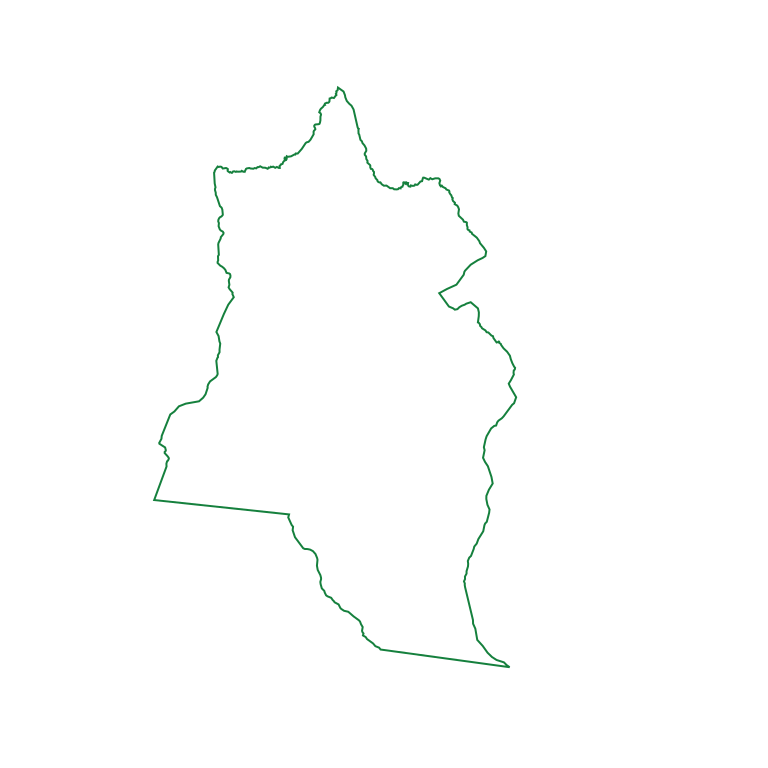 the district of Tilcara, Jujuy, Argentina, rotated 212°
{"feature_id": "61730980B79181726487815", "entity_name": "Tilcara", "entity_type": "district", "adm_level": 2, "iso_a3": "ARG", "parent_name": "Argentina", "parent_adm1": "Jujuy", "projection": "mercator", "projection_center": [-65.303, -23.584], "detail": "fine", "context": "isolated", "style": "outline", "palette": "green", "viewbox_px": 768, "rotation_deg": 212, "n_neighbors": 0, "source": "geoboundaries", "source_scale": "gbopen_adm2", "svg_char_len": 6166}
<svg xmlns="http://www.w3.org/2000/svg" viewBox="0 0 768 768"><g transform="rotate(212 384 384)"><path d="M428.1,580.0L430.2,581.1L430.6,582.0L431.3,582.5L434.2,582.0L435.5,582.6L438.5,582.3L440.2,582.9L440.6,582.6L440.6,581.8L441.9,582.2L443.5,583.7L444.1,586.3L445.7,587.3L446.9,587.2L449.6,585.5L451.6,583.2L453.8,583.1L454.2,581.2L454.5,581.0L459.1,580.3L460.1,579.8L460.1,579.1L459.2,576.2L460.4,575.0L461.1,570.9L461.6,570.3L463.3,569.8L463.3,568.4L464.5,567.3L466.5,566.6L466.2,565.4L467.4,564.8L468.3,564.9L469.7,566.0L470.1,567.2L470.9,566.8L471.8,566.8L471.4,565.2L471.9,565.2L473.0,566.0L474.2,565.5L474.4,565.1L473.2,563.2L473.2,561.9L472.9,561.2L474.0,559.5L473.6,558.7L475.2,557.9L475.3,556.7L476.3,555.8L478.6,554.5L480.3,554.7L482.6,553.3L487.0,553.6L489.2,552.1L491.8,552.2L493.9,553.1L494.6,552.5L495.9,552.3L497.1,552.7L497.7,553.4L500.1,554.0L501.1,554.9L503.6,555.9L504.2,557.5L505.0,558.6L506.2,558.9L507.2,559.8L508.1,560.0L509.2,559.5L510.6,560.6L511.2,561.8L511.9,562.3L515.4,562.9L516.2,564.5L518.2,565.4L519.8,567.5L521.8,568.2L522.5,569.3L522.6,572.4L523.9,574.2L527.0,576.0L529.9,576.9L531.3,578.1L533.4,578.6L537.2,582.4L538.3,582.9L540.4,586.0L540.6,587.0L541.4,587.0L542.5,587.8L555.3,600.7L559.1,602.8L561.8,603.2L565.5,604.3L568.7,606.6L570.1,608.2L573.3,610.6L580.1,611.0L579.0,608.4L579.6,606.9L578.6,605.8L578.6,604.5L577.5,603.9L577.8,602.6L578.0,600.0L580.3,599.1L580.5,598.3L581.4,597.3L580.0,594.7L580.0,593.7L580.5,592.7L581.5,592.3L582.7,590.5L582.5,589.5L582.0,589.3L582.5,588.6L582.6,586.6L583.4,583.9L583.4,582.3L582.9,580.1L581.1,579.9L580.1,579.0L579.6,577.1L577.6,573.8L576.8,571.7L576.6,570.4L577.1,569.7L579.5,567.9L580.0,567.2L580.0,566.0L579.5,565.3L577.9,564.4L577.2,563.6L577.6,561.5L577.4,560.6L576.0,558.5L575.8,552.2L576.3,549.4L577.7,547.9L578.1,546.8L578.3,539.8L579.3,533.7L581.0,532.7L580.8,531.6L581.5,531.3L583.5,527.8L586.1,525.6L587.2,525.6L587.1,524.9L586.3,523.8L588.1,523.3L587.7,522.2L587.0,521.8L585.8,522.7L585.7,522.1L586.7,520.8L587.0,519.8L587.1,518.6L586.7,516.9L587.9,515.5L587.7,514.8L588.1,513.6L586.9,512.0L587.7,511.5L589.9,511.3L590.8,509.7L593.2,509.6L594.1,508.5L595.1,508.3L595.1,507.7L596.0,506.5L596.5,506.5L596.7,504.9L599.3,504.5L601.5,503.2L604.4,503.0L605.2,501.5L606.2,500.9L606.6,499.2L608.1,498.6L608.9,497.3L611.5,496.0L612.7,495.8L614.6,494.1L615.0,493.3L614.6,490.2L615.1,490.2L615.8,489.4L617.6,489.4L617.8,488.4L620.4,486.6L621.7,486.1L622.0,485.4L623.8,485.0L624.7,484.1L624.7,482.7L625.2,482.3L626.7,482.3L627.0,481.6L629.0,481.7L629.6,481.9L630.3,483.5L631.9,483.6L632.5,483.4L634.9,481.3L636.9,482.0L638.2,481.5L639.2,480.4L640.3,480.3L640.6,475.4L640.1,474.2L640.1,473.2L633.8,464.3L631.1,461.5L630.7,459.8L630.0,458.8L628.1,457.1L626.9,455.3L624.6,453.9L617.4,447.9L615.2,447.5L613.5,446.2L610.5,442.3L610.3,441.6L610.7,439.7L611.3,439.0L611.7,437.1L611.4,435.3L610.7,434.0L609.3,433.0L607.9,430.2L605.3,428.2L603.9,427.7L601.4,427.8L600.1,427.1L599.7,425.9L600.2,422.1L599.6,420.8L599.1,415.9L598.5,414.4L592.5,406.0L592.5,404.4L590.1,400.9L589.9,399.6L589.3,398.5L585.6,397.6L583.5,397.7L581.2,397.4L579.0,396.7L576.4,394.8L573.9,395.7L572.8,395.6L571.7,394.6L570.9,393.2L570.8,390.4L570.3,389.3L567.7,386.2L567.0,383.6L565.1,382.6L560.8,381.3L560.2,379.9L557.4,378.0L558.1,368.7L556.9,358.6L553.7,339.3L549.7,337.0L546.1,332.9L544.3,331.5L541.7,326.0L540.3,323.8L540.1,320.3L539.0,318.8L539.1,317.8L538.5,314.8L530.4,304.4L530.1,303.0L530.2,300.9L532.9,294.0L532.9,290.4L532.2,288.1L531.5,287.3L529.9,280.7L530.1,276.6L531.7,271.3L541.7,262.3L546.1,256.4L547.2,249.6L549.1,244.9L545.0,222.2L543.7,219.6L543.4,214.9L542.8,214.3L536.0,214.2L533.9,212.2L533.7,211.2L534.0,210.2L533.4,209.2L529.4,208.1L527.6,207.4L526.9,206.7L526.6,204.6L527.0,203.5L526.3,201.1L524.7,198.8L517.4,163.8L395.4,223.1L394.5,220.1L387.6,215.5L385.5,214.8L384.0,211.6L378.3,206.9L365.5,201.9L363.8,202.1L361.4,203.5L358.9,204.4L355.7,204.6L352.0,203.5L348.4,200.9L347.2,199.6L344.6,194.4L341.7,191.2L336.7,188.2L334.8,186.4L334.0,185.3L333.1,182.4L331.7,180.7L328.4,177.7L325.0,176.9L323.7,175.7L321.1,174.1L319.4,174.0L315.5,174.7L313.0,173.6L311.5,173.3L310.2,172.7L305.7,173.0L302.3,170.9L301.1,170.6L297.7,170.5L293.6,171.9L286.6,170.8L279.9,170.3L278.4,169.8L276.2,168.1L273.3,166.6L271.8,163.0L270.5,162.0L269.2,161.6L268.6,159.6L265.5,159.7L263.2,158.7L255.8,158.2L252.4,157.1L248.4,157.8L246.2,157.0L127.4,210.4L131.0,210.6L134.8,211.5L142.3,209.6L147.8,209.7L153.8,211.0L161.5,214.2L169.3,216.4L176.9,224.9L181.4,227.9L183.5,231.0L207.6,254.7L209.0,256.3L209.8,257.7L211.6,259.0L211.9,261.5L213.3,263.6L213.5,266.9L214.8,269.0L216.1,273.8L217.3,276.1L219.1,278.3L219.7,281.9L219.1,284.3L220.5,291.6L221.3,294.0L220.8,297.8L221.8,302.5L221.8,311.7L224.0,317.5L224.3,319.3L223.8,321.6L226.6,330.5L228.0,333.5L232.3,336.4L236.3,340.7L237.9,343.4L239.0,349.9L239.1,357.2L243.6,362.1L252.3,369.3L257.1,371.5L260.9,373.9L263.6,381.2L265.8,383.3L268.5,390.9L269.3,394.1L269.6,403.1L268.3,406.9L266.9,408.2L267.7,411.5L267.5,413.6L265.9,417.4L265.4,419.9L264.3,434.2L263.5,436.6L264.9,442.8L275.7,448.5L278.4,450.4L278.4,454.4L278.9,460.9L280.0,462.0L281.1,464.2L280.8,465.6L281.4,467.2L282.7,467.6L286.1,469.6L289.7,472.3L292.2,474.7L296.7,476.6L301.5,477.6L305.2,479.1L306.2,479.9L308.5,480.0L308.8,480.2L308.8,481.6L309.6,479.9L310.5,478.9L310.8,479.0L315.6,481.0L316.9,482.3L318.5,482.0L322.8,483.0L324.4,482.3L326.4,483.2L330.4,483.2L331.5,483.9L333.2,484.2L334.4,485.5L336.2,486.2L337.0,486.0L339.6,491.8L341.5,495.0L344.4,497.9L353.8,499.3L356.8,495.7L357.6,494.0L359.5,491.6L360.8,489.0L361.4,486.4L363.3,484.6L365.5,484.8L370.0,484.1L385.3,490.3L380.9,498.0L375.2,506.6L374.3,518.9L375.3,521.8L375.3,523.1L373.7,531.1L370.1,538.6L367.2,543.1L365.8,546.2L367.6,550.6L371.4,552.4L377.2,554.3L378.8,555.6L382.9,557.3L388.9,558.0L389.9,558.9L392.1,558.7L392.9,559.6L394.6,559.3L395.4,559.7L396.2,561.2L397.9,562.6L399.3,564.8L400.2,564.8L402.3,564.0L404.1,565.2L409.7,566.3L411.3,568.0L413.0,571.9L414.8,573.3L416.4,574.1L419.4,574.0L419.9,575.3L422.5,575.8L423.9,576.9L424.2,578.1L425.1,578.2L427.1,579.8L428.1,580.0Z" fill="none" stroke="#15803d" stroke-width="2"/></g></svg>